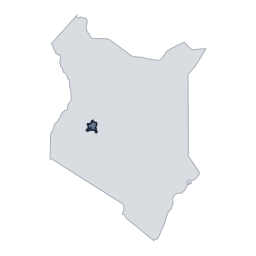 Baringo South, Rift Valley, Kenya shown in context
{"feature_id": "3690345B40678140924762", "entity_name": "Baringo South", "entity_type": "district", "adm_level": 2, "iso_a3": "KEN", "parent_name": "Kenya", "parent_adm1": "Rift Valley", "projection": "robinson", "projection_center": [36.066, 0.459], "detail": "fine", "context": "in_parent", "style": "filled", "palette": "slate", "viewbox_px": 256, "rotation_deg": 0, "n_neighbors": 0, "source": "geoboundaries", "source_scale": "gbopen_adm2", "svg_char_len": 5037}
<svg xmlns="http://www.w3.org/2000/svg" viewBox="0 0 256 256"><path d="M50.1,159.0L50.1,155.2L50.5,145.6L50.5,137.2L50.9,133.0L52.7,130.3L53.6,128.4L54.2,125.7L55.2,123.5L57.3,121.7L57.7,120.7L60.0,117.7L61.4,113.8L62.5,112.5L63.8,111.3L64.7,110.6L66.2,110.0L67.4,109.6L67.6,109.3L67.7,108.7L67.3,106.3L67.8,105.5L68.6,103.9L69.6,102.4L70.4,101.5L70.9,100.5L71.1,98.8L71.1,97.6L71.1,95.7L70.9,91.2L69.9,87.5L69.3,83.4L69.7,82.0L69.0,79.6L68.6,79.4L67.9,78.9L67.1,76.6L66.5,74.5L66.2,74.0L63.5,72.2L62.2,67.8L60.8,66.9L60.0,62.6L59.8,61.4L60.7,57.1L60.6,56.1L59.7,55.2L57.3,54.3L55.3,52.5L55.5,51.9L55.7,51.2L54.6,50.8L51.6,43.5L55.5,39.1L59.5,34.6L64.6,29.0L69.2,23.8L73.2,19.4L76.8,15.4L76.7,16.1L76.7,17.1L77.2,17.8L77.9,18.2L79.0,17.7L79.9,17.1L80.7,17.0L86.1,18.6L87.0,20.1L87.0,21.6L87.2,22.8L86.8,23.9L86.3,27.3L86.5,30.5L88.1,32.8L89.5,34.7L90.7,37.2L91.5,38.0L92.7,38.4L96.4,38.5L101.9,38.7L107.2,38.9L107.6,38.9L108.8,39.3L113.6,42.7L118.1,45.9L121.8,48.7L125.5,51.4L129.1,54.0L131.8,56.1L134.5,56.8L138.9,57.1L142.0,57.2L144.8,58.1L149.0,59.0L152.2,59.4L154.1,59.9L159.3,60.4L160.2,60.1L162.5,57.7L165.1,53.8L166.1,51.7L169.4,49.5L175.3,46.5L179.5,44.4L184.1,42.3L186.2,44.2L189.1,47.1L190.4,48.5L191.4,49.2L193.0,49.6L194.9,49.6L196.0,49.6L198.1,49.2L203.1,48.8L205.9,48.9L203.5,52.8L200.7,57.4L195.4,66.0L191.3,70.6L188.3,74.0L188.0,74.6L188.0,78.4L188.1,87.7L188.2,106.4L188.2,125.0L188.3,143.6L188.3,153.0L188.3,156.1L191.0,160.0L193.6,163.8L197.1,168.9L198.9,171.6L199.2,172.5L199.1,174.3L196.3,178.1L194.0,179.9L190.8,180.7L189.9,180.5L188.6,180.0L188.2,180.9L187.8,182.3L187.1,182.0L186.6,181.6L186.9,184.1L187.2,185.4L186.7,187.1L185.2,188.5L185.1,189.8L181.8,193.0L177.1,193.4L174.6,195.0L173.5,196.3L172.7,199.2L173.0,203.6L171.7,207.0L171.4,208.7L169.0,211.0L167.9,213.0L167.1,215.1L166.5,216.0L165.6,220.6L164.5,223.4L164.2,224.3L163.9,225.2L163.0,226.8L162.5,228.0L162.1,228.7L159.2,235.9L157.0,239.2L155.2,238.8L154.1,240.0L154.0,240.6L153.3,240.3L151.9,239.1L148.9,236.7L145.9,234.2L142.9,231.8L139.9,229.3L136.9,226.9L133.9,224.4L130.9,222.0L127.9,219.6L126.2,218.1L125.4,217.3L124.8,215.6L124.5,215.2L123.7,214.6L122.8,214.5L122.5,214.2L122.5,213.4L122.8,212.2L123.9,210.0L124.0,208.7L123.8,207.2L123.5,204.8L123.2,204.2L121.2,203.0L117.0,200.3L112.9,197.7L108.7,195.1L104.6,192.4L100.4,189.8L96.2,187.2L92.1,184.5L87.9,181.9L83.7,179.3L79.6,176.6L75.4,174.0L71.3,171.4L67.1,168.7L62.9,166.1L58.8,163.5L54.6,160.8L53.0,159.8L51.6,159.0L50.1,159.0ZM188.6,184.6L187.9,184.8L188.3,183.5L190.4,181.9L191.3,182.3L191.5,182.6L191.4,183.0L191.0,183.3L188.6,184.6Z" fill="#d9dde1" stroke="#a8b0b8" stroke-width="1"/><path d="M86.8,131.0L87.2,131.0L87.3,131.0L87.5,131.1L87.8,131.1L88.0,131.1L88.3,130.9L88.5,130.8L88.8,130.8L89.0,130.8L89.1,130.7L89.3,130.6L89.5,130.3L89.5,130.2L89.4,130.0L89.5,129.9L89.6,129.7L89.6,129.4L89.6,129.2L89.6,128.9L89.6,128.7L89.6,128.4L89.7,128.2L89.8,128.2L90.2,128.1L90.3,128.1L90.7,127.8L90.9,127.8L91.0,128.0L91.0,128.4L91.0,128.5L90.9,128.6L90.9,128.8L91.0,129.0L91.0,129.3L90.9,129.3L90.9,129.5L90.8,129.9L90.8,130.0L91.1,130.2L91.3,130.2L91.5,130.2L92.2,130.1L92.3,130.1L92.5,130.1L92.8,130.1L93.0,129.9L93.3,129.6L93.5,129.6L93.8,129.7L93.9,129.8L94.0,129.9L94.0,130.0L94.5,129.9L94.9,130.2L95.0,130.3L95.0,130.5L95.2,130.9L95.3,131.2L95.3,131.3L95.1,131.5L95.3,131.8L95.7,132.2L95.8,132.3L96.0,132.7L96.1,132.8L96.2,132.7L96.3,132.7L96.5,132.5L96.5,132.4L96.7,132.2L96.8,132.2L96.8,131.9L96.9,131.7L96.8,131.3L96.8,131.2L96.7,131.2L96.6,130.9L96.3,130.7L96.2,130.6L96.2,130.4L96.0,130.2L95.8,129.9L95.6,129.8L95.5,129.7L95.6,129.4L95.9,129.3L95.9,129.6L96.0,129.5L96.0,129.4L96.2,129.2L96.2,128.9L96.2,128.7L96.1,128.4L95.5,128.0L95.6,127.7L95.6,127.4L96.0,126.5L96.2,126.0L96.3,125.8L96.4,125.5L96.4,125.4L96.6,124.9L96.7,124.7L96.8,124.5L96.8,124.3L96.8,124.2L96.7,123.9L96.6,123.2L96.5,122.8L96.3,122.5L96.2,122.5L95.9,122.6L95.7,122.6L95.4,122.6L95.2,122.5L94.7,122.3L94.5,122.2L94.4,122.0L94.2,121.9L93.7,121.4L92.7,121.7L92.6,121.4L92.5,121.2L92.6,120.9L92.6,120.7L92.5,120.8L92.4,120.9L92.4,120.7L92.2,120.7L92.1,120.8L92.0,121.0L92.0,120.9L91.9,120.9L91.8,121.0L91.7,121.0L91.6,121.3L91.6,121.5L91.4,121.7L91.4,121.8L91.4,122.1L91.3,122.3L91.3,122.5L91.3,122.8L91.3,123.0L91.2,123.2L91.1,123.3L90.5,123.3L89.9,123.7L89.9,123.8L89.9,124.0L89.7,124.2L89.6,124.3L89.3,124.2L89.1,124.1L88.9,124.0L88.8,123.9L88.7,123.8L88.7,123.7L88.4,123.7L88.2,123.6L87.9,123.6L87.8,123.8L87.7,123.8L87.7,124.0L87.4,124.4L87.4,124.5L87.4,124.8L87.5,125.0L87.8,125.1L88.0,125.1L88.2,125.3L88.2,125.5L88.2,125.8L88.2,126.1L88.2,126.3L88.3,126.5L88.3,127.0L88.3,127.3L88.2,127.4L88.2,127.5L88.3,127.7L88.3,127.9L88.5,128.0L88.5,128.3L88.6,128.5L88.4,128.8L88.2,128.9L88.0,128.7L87.9,128.6L87.8,128.8L87.7,128.9L87.6,129.0L87.4,129.2L87.2,129.2L87.2,129.3L87.3,129.3L87.3,129.5L87.3,129.8L87.4,130.0L87.5,130.2L87.5,130.3L87.4,130.3L87.2,130.3L86.9,130.2L86.7,130.2L86.8,130.3L86.8,130.5L86.7,130.5L86.7,130.8L86.7,131.0L86.8,131.0Z" fill="#64748b" stroke="#1e293b" stroke-width="1.5"/></svg>